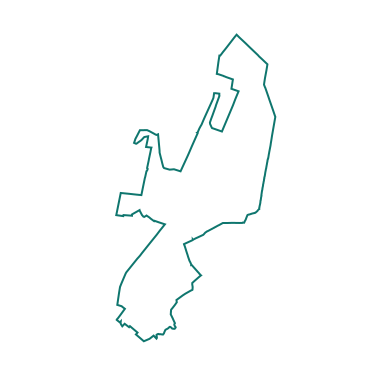 Uivar, Timis, Romania (Equal Earth projection), rotated 143°
{"feature_id": "2599482B52111075494125", "entity_name": "Uivar", "entity_type": "district", "adm_level": 2, "iso_a3": "ROU", "parent_name": "Romania", "parent_adm1": "Timis", "projection": "equal_earth", "projection_center": [20.887, 45.653], "detail": "fine", "context": "isolated", "style": "outline", "palette": "teal", "viewbox_px": 384, "rotation_deg": 143, "n_neighbors": 0, "source": "geoboundaries", "source_scale": "gbopen_adm2", "svg_char_len": 5734}
<svg xmlns="http://www.w3.org/2000/svg" viewBox="0 0 384 384"><g transform="rotate(143 192 192)"><path d="M208.7,266.1L207.7,264.3L207.5,264.1L207.1,264.0L204.2,264.0L202.8,263.9L201.3,263.9L200.5,264.0L198.4,264.4L197.0,264.6L193.5,262.9L194.7,261.7L195.5,260.9L201.6,255.6L197.7,251.9L198.3,251.5L201.2,248.9L205.9,244.8L206.7,244.1L207.3,243.5L213.5,238.1L213.6,237.8L213.5,237.1L215.0,236.1L215.6,236.1L215.9,236.0L216.0,235.9L220.3,232.2L221.4,231.4L234.3,220.0L238.0,223.4L243.2,228.3L249.5,234.1L266.4,219.1L261.4,214.1L260.6,214.8L254.2,209.2L253.5,210.2L252.4,210.1L244.8,209.1L244.9,208.9L245.0,208.6L245.8,203.7L245.6,201.1L246.0,201.0L243.3,200.6L242.5,200.6L241.4,197.4L241.0,195.5L239.8,191.5L239.3,191.6L236.9,188.0L233.1,182.5L241.0,180.5L245.9,179.1L256.3,176.5L269.2,173.2L271.6,172.5L274.0,172.0L275.7,171.7L292.7,167.4L293.9,166.9L296.0,165.7L303.3,161.5L306.6,159.5L310.8,155.5L319.6,146.8L316.9,143.1L316.9,142.8L315.9,139.1L323.8,136.7L326.9,135.8L328.9,135.4L329.1,135.2L328.1,131.3L326.8,131.5L328.0,130.2L328.2,129.5L328.4,128.4L328.5,126.7L325.1,127.3L323.6,121.9L322.3,122.2L320.1,112.5L321.8,112.1L322.5,112.0L320.3,101.8L314.3,100.3L313.5,100.3L309.1,100.4L308.6,96.3L308.3,96.4L307.9,96.6L307.7,96.8L307.4,97.3L307.1,97.9L307.0,98.2L306.9,98.4L306.8,98.5L306.4,99.2L306.2,99.3L305.9,99.3L305.7,99.2L304.7,99.1L304.3,98.9L304.0,98.6L303.9,98.2L303.3,97.8L303.2,97.7L302.5,97.2L302.3,96.9L302.1,96.7L301.6,96.3L301.5,96.1L301.3,95.9L300.9,95.6L299.8,95.9L299.5,96.0L298.1,96.9L296.6,97.7L296.2,97.9L295.8,97.9L295.3,97.8L294.0,97.6L292.9,97.5L291.6,97.7L291.0,97.7L290.7,97.5L290.6,97.4L290.5,97.2L290.4,96.9L290.3,96.6L290.2,96.2L290.1,95.8L290.1,95.1L289.9,94.7L289.5,94.3L289.1,93.9L288.8,93.7L288.2,93.2L286.6,93.6L286.5,93.8L286.4,94.0L286.4,94.9L286.3,95.7L286.1,96.4L285.8,96.9L285.4,97.2L284.6,97.5L284.1,99.9L283.4,102.9L282.6,107.1L281.5,108.3L281.0,109.0L280.6,109.3L279.9,110.2L279.7,110.4L279.4,110.6L277.7,111.0L273.6,112.1L270.5,113.1L270.1,113.9L269.4,115.1L262.8,115.0L261.8,115.0L258.6,114.8L252.4,114.0L250.6,113.6L250.2,113.9L248.6,115.8L247.4,118.1L246.5,119.2L243.2,119.5L237.6,119.9L235.3,120.0L235.0,120.0L235.1,120.3L235.2,120.8L235.1,121.2L235.2,121.4L235.3,121.8L235.3,123.5L235.4,124.1L235.4,124.5L235.5,124.8L235.5,125.5L235.6,126.7L236.2,134.1L236.5,134.2L236.3,134.4L236.1,135.2L236.0,135.5L235.8,136.3L235.6,137.2L235.6,137.5L235.4,138.4L235.4,138.8L235.1,139.5L235.0,139.8L234.6,141.1L234.3,142.0L234.2,142.3L234.1,142.7L233.5,144.2L232.9,146.0L232.1,148.3L230.9,151.6L230.2,153.7L230.0,154.6L229.9,154.6L229.7,155.2L224.2,154.0L221.5,153.4L220.3,153.2L220.2,153.2L220.0,153.5L220.0,153.3L216.6,152.7L214.9,152.3L208.7,151.0L205.7,151.6L204.7,151.5L203.5,151.5L203.1,151.3L191.3,149.5L190.8,149.4L190.4,149.3L186.1,148.7L180.8,144.8L179.5,143.9L178.1,142.9L173.0,138.9L170.9,137.4L170.7,137.2L170.1,136.9L169.9,137.0L169.0,136.3L168.8,136.1L167.9,136.6L167.5,136.9L166.9,137.1L166.6,137.2L166.4,137.3L165.9,137.6L165.6,137.7L165.0,138.1L164.4,138.5L163.1,139.3L162.4,139.7L162.3,139.8L161.5,140.2L160.7,140.0L160.2,139.8L160.1,139.7L159.9,139.6L158.8,139.2L158.5,139.1L158.3,139.0L158.0,139.0L157.6,138.8L157.2,138.7L155.8,138.1L155.7,138.0L155.9,138.1L155.3,137.9L155.1,137.8L154.7,137.7L154.4,137.6L154.2,137.5L154.2,137.4L153.5,137.3L152.4,137.4L151.9,137.4L151.1,137.5L150.4,137.7L149.9,137.8L149.7,137.8L149.7,137.6L149.6,137.8L149.2,137.9L148.9,138.0L148.5,138.2L148.4,138.1L147.7,139.0L147.1,139.4L146.9,139.7L146.2,140.3L145.7,140.7L144.3,141.9L144.2,142.1L143.9,142.3L143.7,142.5L143.1,143.2L142.8,143.5L142.5,143.7L142.5,143.8L142.3,143.9L141.9,144.3L141.7,144.5L141.2,144.9L140.6,145.6L139.6,146.5L139.4,146.6L139.2,146.9L138.6,147.4L138.6,147.6L135.7,150.5L135.3,150.8L135.2,151.0L134.9,151.2L134.5,151.5L134.3,151.7L134.1,151.9L133.6,152.4L133.5,152.6L133.2,152.8L132.8,153.2L132.5,153.4L131.2,154.6L130.8,155.1L129.6,156.1L128.7,157.0L127.8,157.7L127.0,158.6L126.7,158.8L126.6,159.0L126.1,159.4L125.9,159.5L125.7,159.9L124.8,160.6L124.7,160.6L124.3,161.0L123.5,161.7L121.7,163.5L119.9,165.1L119.4,165.6L119.2,165.8L118.6,166.2L118.4,166.4L117.8,167.0L117.7,167.1L116.8,167.9L116.2,168.5L115.8,168.8L114.6,170.0L114.3,170.2L114.1,170.4L113.9,170.6L113.1,171.3L112.9,171.6L112.5,171.9L112.3,172.1L111.9,172.5L111.7,172.5L111.2,172.8L111.0,173.0L110.9,173.2L110.6,173.3L107.7,176.1L107.1,176.6L106.6,177.1L106.4,177.3L105.5,178.1L101.3,181.9L99.5,183.7L97.8,185.3L94.1,188.9L80.2,201.9L80.1,202.4L78.2,208.1L74.7,219.0L73.5,222.6L71.3,229.4L70.7,231.3L70.7,231.6L69.9,234.4L68.3,236.0L65.0,239.2L59.3,244.4L55.0,248.5L54.9,248.6L56.2,256.3L56.9,260.2L56.9,261.0L57.1,262.4L58.9,273.3L59.6,277.9L61.2,287.1L61.7,290.8L65.0,290.0L77.0,286.7L80.4,285.8L82.9,285.2L85.3,284.5L87.2,284.0L87.4,284.2L88.0,284.0L88.2,284.3L88.6,283.9L89.4,283.1L92.7,279.9L101.1,271.4L99.9,270.0L96.9,265.6L96.9,265.4L96.8,265.2L96.4,264.7L96.0,264.0L95.6,263.3L91.6,257.3L95.9,253.1L98.4,250.7L94.2,244.4L101.5,240.1L106.9,236.7L115.5,231.7L131.7,222.3L137.1,230.4L137.5,230.9L137.5,231.5L136.6,235.5L135.9,236.7L132.5,239.0L129.8,240.7L121.4,246.2L121.0,246.6L113.9,251.2L112.2,252.3L112.1,252.7L111.0,254.1L111.2,254.3L113.7,256.7L114.9,257.6L117.8,254.7L118.5,254.1L120.8,252.8L127.6,249.1L137.5,243.7L139.8,242.4L143.6,240.2L144.0,240.0L145.5,239.4L147.9,238.3L151.8,236.1L152.1,236.2L152.0,235.6L164.1,228.9L171.1,224.9L173.8,223.4L188.7,215.4L192.7,221.0L196.4,223.3L199.9,227.9L199.9,229.3L198.4,233.0L196.7,236.9L196.7,237.0L194.2,242.9L193.0,244.6L192.0,246.2L184.4,258.5L185.9,258.9L186.1,259.0L186.9,260.6L187.3,261.6L189.4,266.2L190.6,268.4L196.4,272.7L202.2,269.9L205.2,268.5L206.8,267.4L207.2,267.1L208.7,266.1Z" fill="none" stroke="#0f766e" stroke-width="2"/></g></svg>